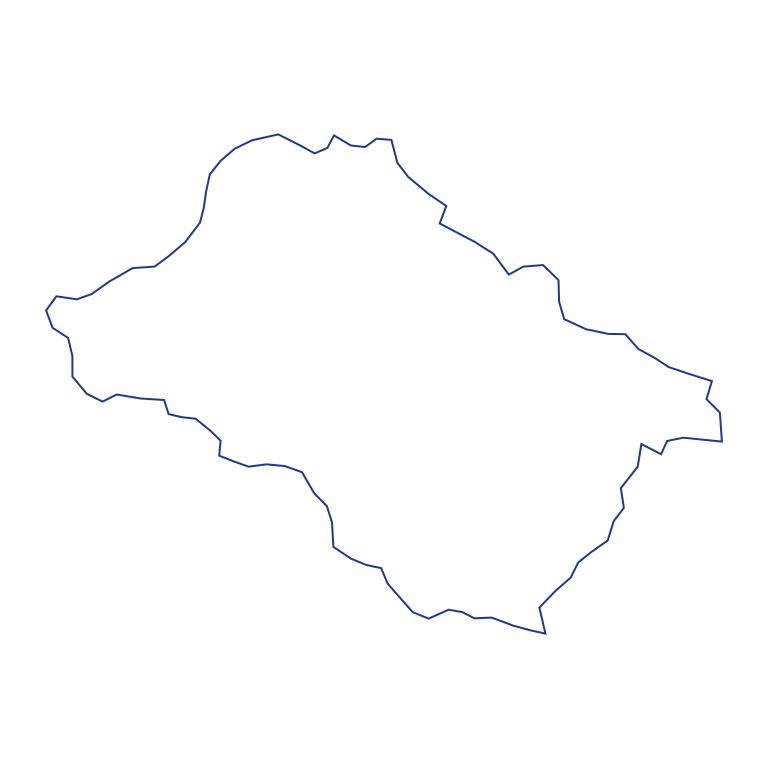 the district of Antônio Prado de Minas, Minas Gerais, Brazil
{"feature_id": "56859067B53819795798567", "entity_name": "Antônio Prado de Minas", "entity_type": "district", "adm_level": 2, "iso_a3": "BRA", "parent_name": "Brazil", "parent_adm1": "Minas Gerais", "projection": "mercator", "projection_center": [-42.153, -21.024], "detail": "fine", "context": "isolated", "style": "outline", "palette": "blue", "viewbox_px": 768, "rotation_deg": 0, "n_neighbors": 0, "source": "geoboundaries", "source_scale": "gbopen_adm2", "svg_char_len": 1342}
<svg xmlns="http://www.w3.org/2000/svg" viewBox="0 0 768 768"><path d="M334.0,135.4L327.4,147.9L314.6,153.4L298.9,144.8L278.3,134.4L252.0,140.3L234.6,148.8L220.6,160.8L209.8,174.5L206.0,192.0L203.8,207.9L200.0,222.6L185.2,242.1L168.3,256.5L154.6,266.6L132.6,268.1L109.2,281.6L91.5,294.1L76.9,299.3L56.4,296.3L46.1,310.4L52.6,327.8L68.1,337.9L72.4,356.0L72.4,376.5L86.9,393.9L102.6,401.6L116.6,394.5L140.6,398.5L164.1,400.0L168.6,414.1L181.8,417.2L195.5,418.7L210.3,430.6L220.6,440.7L219.2,455.7L233.2,461.2L248.6,466.7L266.6,464.3L284.9,466.1L302.0,472.2L314.3,493.4L326.9,506.2L332.0,522.4L333.4,546.9L350.9,558.6L366.3,565.0L381.1,568.1L387.7,583.7L400.9,598.7L412.6,612.1L428.6,618.6L448.6,609.7L462.3,612.1L474.3,618.3L491.7,617.6L513.1,625.6L530.0,630.2L545.4,633.6L539.4,607.5L555.7,590.7L570.8,577.5L578.2,562.5L590.8,552.4L607.7,540.5L613.7,521.2L623.9,507.8L620.8,488.2L637.7,466.7L641.4,444.1L661.1,454.2L667.1,441.0L683.1,437.7L721.9,441.6L719.9,412.6L706.5,399.1L711.9,381.1L687.4,373.4L668.5,367.0L654.5,357.8L638.2,348.9L625.4,334.2L608.5,333.9L586.2,329.3L564.2,319.2L559.1,301.8L558.5,280.1L543.1,265.1L523.4,266.6L508.8,274.6L493.4,253.8L475.1,242.1L439.7,223.5L446.3,206.0L428.8,194.1L408.3,177.0L397.4,162.9L391.4,139.9L376.6,138.7L365.1,147.0L350.9,145.5L334.0,135.4Z" fill="none" stroke="#1e3a8a" stroke-width="2"/></svg>